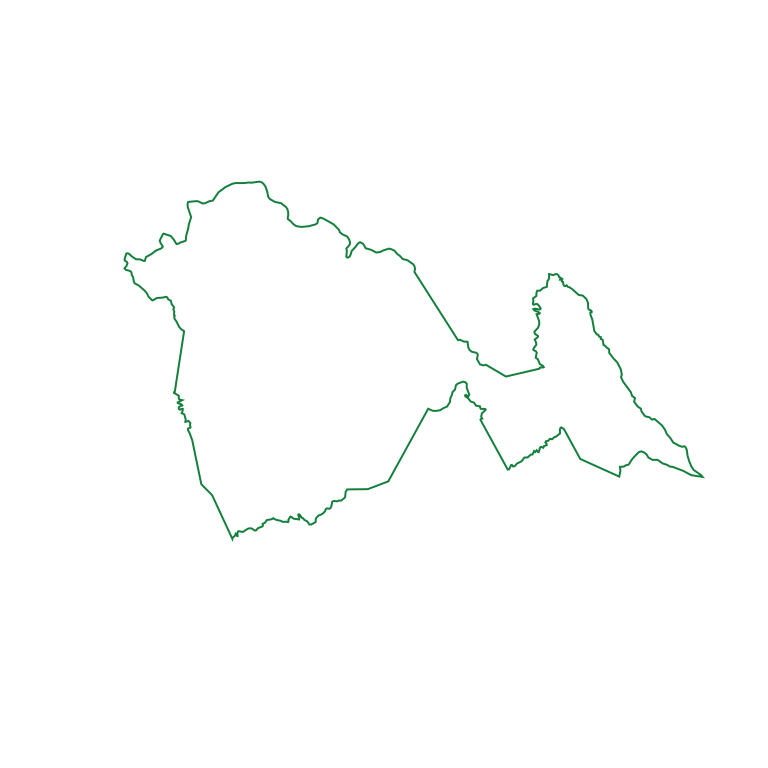 El Rosario, Comayagua, Honduras (orthographic projection), rotated 234°
{"feature_id": "27666195B23416368136478", "entity_name": "El Rosario", "entity_type": "district", "adm_level": 2, "iso_a3": "HND", "parent_name": "Honduras", "parent_adm1": "Comayagua", "projection": "orthographic", "projection_center": [-87.754, 14.601], "detail": "fine", "context": "isolated", "style": "outline", "palette": "green", "viewbox_px": 768, "rotation_deg": 234, "n_neighbors": 0, "source": "geoboundaries", "source_scale": "gbopen_adm2", "svg_char_len": 6166}
<svg xmlns="http://www.w3.org/2000/svg" viewBox="0 0 768 768"><g transform="rotate(234 384 384)"><path d="M626.3,393.4L628.8,388.9L634.1,381.6L635.2,378.7L636.5,371.4L636.4,362.7L633.0,353.4L634.6,350.0L635.3,345.8L636.5,343.5L640.7,341.2L642.1,339.9L646.4,332.6L645.1,330.9L642.7,329.3L632.4,326.1L627.8,319.9L624.7,316.8L620.9,311.9L618.4,309.4L616.9,308.4L616.5,307.6L618.0,302.9L618.5,299.7L619.3,298.4L624.8,298.8L629.0,298.5L635.2,294.1L635.0,292.8L631.8,286.8L629.3,286.1L625.1,285.8L624.6,283.5L626.0,278.0L625.8,272.4L626.6,266.1L624.2,262.8L624.8,262.0L628.1,260.0L630.7,256.7L635.3,255.0L639.4,254.2L640.7,253.1L640.9,252.1L637.3,247.3L636.2,246.9L633.8,247.7L632.5,247.5L630.8,244.9L630.2,242.1L629.4,242.0L628.1,242.3L624.9,244.8L623.7,245.3L622.3,245.1L620.5,244.0L617.8,243.8L614.8,242.2L612.2,241.4L607.8,243.5L600.5,245.2L597.0,245.5L593.0,244.8L588.0,245.6L587.5,246.3L587.1,250.8L584.1,255.5L582.7,258.9L581.5,259.5L579.3,259.2L576.6,260.5L573.5,259.2L569.3,259.2L568.1,257.4L565.8,256.9L564.5,255.6L562.4,254.3L562.2,254.6L561.4,253.7L559.9,252.9L556.1,252.8L550.6,251.8L547.4,252.2L544.2,253.3L500.4,209.9L500.8,209.3L500.4,208.8L495.1,211.1L493.2,209.6L491.9,209.3L489.5,211.3L490.3,206.2L489.6,206.0L486.5,208.2L485.2,208.2L486.0,205.1L485.4,203.9L484.5,203.3L483.3,203.7L482.7,206.0L482.2,206.6L481.0,205.7L479.3,203.1L477.4,204.4L476.6,204.5L472.0,202.8L470.1,201.1L469.1,204.1L466.2,204.4L464.7,202.8L462.7,202.1L462.5,201.2L463.1,199.2L462.0,198.3L458.6,197.9L451.2,195.8L410.3,177.3L395.1,179.6L347.8,170.3L348.5,171.1L348.9,174.1L349.9,175.9L347.4,175.8L347.1,176.2L349.9,178.0L350.5,179.7L347.3,182.8L346.9,189.0L346.1,190.7L344.8,192.1L341.7,193.2L340.8,194.1L341.4,197.4L340.2,202.1L340.9,203.0L342.2,203.6L341.7,205.9L342.8,209.4L341.2,212.3L340.5,214.4L340.6,215.4L337.5,216.9L334.4,219.7L331.6,221.4L330.5,223.4L328.7,225.3L328.9,226.0L330.3,226.8L331.5,229.5L331.6,230.6L328.1,231.8L324.3,235.7L325.8,237.0L328.5,237.6L328.8,238.0L328.5,238.7L327.6,239.0L324.0,238.9L322.7,239.7L321.2,239.6L317.7,241.2L314.3,241.0L313.1,242.5L312.5,247.5L315.0,249.6L315.5,250.7L316.1,253.8L315.3,256.3L315.2,258.9L315.7,261.4L317.0,263.4L316.9,264.7L315.2,266.5L315.1,267.8L315.8,269.3L318.8,272.5L319.2,273.5L318.7,274.9L316.8,276.8L316.1,279.1L314.9,280.7L315.0,285.0L315.5,286.2L319.2,289.5L320.4,292.2L308.5,309.0L302.7,330.2L338.0,405.2L333.8,407.6L331.8,410.0L329.8,414.0L329.6,417.4L328.7,421.8L330.7,426.8L333.5,429.3L335.5,432.9L337.1,434.5L337.8,438.2L340.7,441.5L341.0,443.6L339.5,449.3L337.8,450.8L335.5,451.1L332.3,448.7L325.2,446.7L324.3,444.7L327.0,444.0L327.2,443.0L326.2,442.5L322.9,443.7L318.9,443.8L316.0,445.9L312.4,445.7L309.5,448.5L308.2,447.8L306.9,447.8L304.5,451.0L303.7,451.3L303.3,450.7L302.7,445.9L300.5,443.5L298.3,443.1L298.8,442.3L298.4,441.0L242.0,433.8L241.5,435.1L243.7,439.2L243.4,439.9L241.3,440.0L240.7,441.7L241.5,444.7L240.6,450.0L242.0,454.2L240.2,457.1L240.6,461.2L239.7,462.7L241.5,466.0L240.1,466.2L240.7,468.6L238.3,468.6L237.9,469.1L240.5,472.4L241.0,473.6L240.9,474.1L238.8,475.4L239.8,476.9L238.9,479.7L240.2,480.5L241.9,480.2L242.5,481.5L241.5,483.5L242.1,486.0L240.5,487.6L240.9,490.7L240.4,491.6L240.5,497.3L243.8,499.5L244.7,500.8L244.8,501.8L241.8,503.1L208.0,498.7L170.8,519.9L175.0,524.4L178.3,526.2L176.2,529.5L176.2,531.5L175.0,534.5L177.2,540.1L178.0,543.4L179.1,550.1L178.3,552.5L175.8,554.2L172.7,555.0L169.0,554.7L164.7,556.7L161.9,560.7L155.9,562.8L152.2,565.5L149.1,566.8L147.3,568.8L137.9,575.0L129.6,579.0L121.6,587.1L124.0,586.9L132.4,584.0L136.7,584.2L142.7,585.7L147.5,587.4L153.2,590.4L156.1,590.8L157.0,590.5L157.9,588.4L160.5,586.5L166.6,583.6L172.2,583.9L177.3,583.4L182.1,584.5L187.3,584.5L196.4,582.4L196.9,582.0L197.6,579.9L201.0,579.2L203.7,576.8L205.1,576.2L210.4,576.2L213.1,577.3L216.4,576.1L218.9,575.9L222.8,576.0L225.1,578.8L228.7,577.7L232.1,578.9L245.3,578.8L248.5,579.4L250.2,579.8L251.7,581.8L256.6,584.2L264.3,585.4L269.8,584.7L276.8,584.5L279.4,586.3L280.4,586.4L282.4,585.6L285.0,585.4L286.5,584.5L290.9,586.8L291.6,586.8L292.9,585.8L294.4,587.0L295.7,585.9L297.9,586.3L299.0,585.3L303.2,585.3L313.9,590.5L317.9,591.5L320.3,592.6L320.6,593.2L320.0,594.2L320.4,594.6L321.6,594.8L323.5,593.6L324.9,593.5L329.7,596.7L333.9,597.7L338.6,596.8L341.8,593.8L349.8,592.1L353.0,591.0L354.7,589.8L356.5,589.8L356.6,588.2L357.3,587.5L358.9,587.5L361.1,588.8L362.3,588.1L364.1,590.0L364.5,589.8L364.5,588.2L364.9,587.7L366.2,589.3L367.6,588.5L369.1,589.0L370.7,588.8L372.0,587.7L372.6,585.0L375.9,582.1L373.0,580.1L371.8,578.7L371.2,576.7L366.9,572.8L368.1,569.2L367.8,565.1L369.4,562.8L368.2,561.0L365.7,559.0L365.6,554.8L363.4,553.7L361.6,551.8L360.6,551.4L360.1,551.7L359.4,554.1L358.3,555.1L356.1,555.4L353.0,555.1L352.6,554.4L352.8,553.6L356.3,550.3L356.8,548.8L355.2,548.9L351.1,551.4L349.8,551.7L349.6,550.5L350.8,548.5L343.8,546.5L341.1,544.8L339.0,541.8L337.9,536.4L335.8,535.5L332.7,536.8L331.9,536.6L331.5,535.7L331.4,532.1L328.0,531.3L326.5,530.5L325.9,529.6L325.3,527.0L324.2,525.0L323.3,525.0L321.2,526.1L319.6,526.0L316.1,522.2L313.6,523.0L308.7,521.8L305.0,523.3L303.7,523.1L303.9,522.3L305.6,520.2L305.6,519.5L305.0,518.8L318.4,487.0L339.6,477.8L340.7,475.2L343.5,473.2L349.6,473.9L352.0,476.6L353.3,477.3L355.0,477.0L358.5,474.0L361.3,473.2L364.1,473.7L369.1,476.4L371.4,473.5L375.2,471.4L376.0,469.6L456.8,474.5L459.2,477.0L461.6,477.9L463.7,478.0L470.2,475.8L474.2,472.6L478.5,472.1L481.5,471.1L485.6,470.9L489.3,468.8L490.6,467.6L492.5,461.9L493.0,458.6L494.9,455.0L500.2,452.4L504.5,449.0L509.6,449.5L512.6,448.1L513.0,447.2L512.8,444.8L511.5,440.9L510.7,436.2L508.2,432.9L507.3,431.0L507.4,429.3L508.2,428.4L509.3,428.4L513.2,432.0L515.8,433.2L516.4,436.8L517.4,438.8L518.5,439.8L521.2,440.7L525.0,440.9L529.4,438.4L532.5,437.5L535.2,438.2L542.7,437.1L553.3,432.3L556.1,430.2L555.9,427.5L553.3,424.6L553.4,422.3L555.9,415.8L559.6,409.5L563.3,405.8L566.4,404.7L570.5,404.2L573.9,403.2L575.2,403.9L577.0,405.9L579.7,407.7L582.6,408.7L584.9,408.7L590.8,407.0L595.4,402.8L600.2,400.6L602.3,400.2L604.2,400.6L608.5,402.7L613.1,404.1L616.9,404.2L619.2,403.5L620.9,402.3L624.9,394.8L626.3,393.4Z" fill="none" stroke="#15803d" stroke-width="2"/></g></svg>